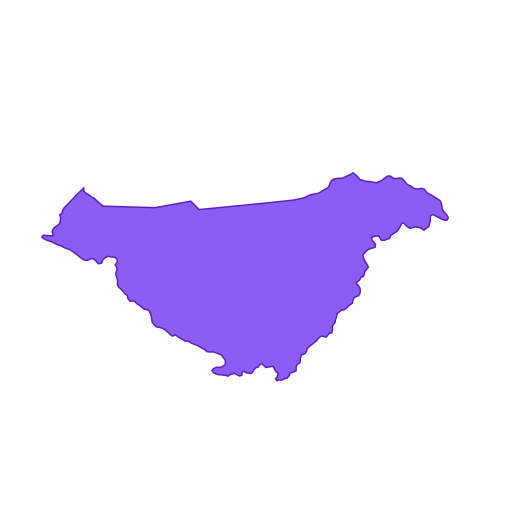 outline of Itapebi, Bahia, Brazil, rotated 159°
{"feature_id": "56859067B79786588856261", "entity_name": "Itapebi", "entity_type": "district", "adm_level": 2, "iso_a3": "BRA", "parent_name": "Brazil", "parent_adm1": "Bahia", "projection": "mercator", "projection_center": [-39.666, -15.918], "detail": "fine", "context": "isolated", "style": "filled", "palette": "violet", "viewbox_px": 512, "rotation_deg": 159, "n_neighbors": 0, "source": "geoboundaries", "source_scale": "gbopen_adm2", "svg_char_len": 4208}
<svg xmlns="http://www.w3.org/2000/svg" viewBox="0 0 512 512"><g transform="rotate(159 256 256)"><path d="M322.6,167.4L324.1,165.4L326.3,165.1L328.9,164.7L331.2,165.7L333.1,166.4L336.1,166.0L338.3,164.9L337.2,161.8L334.4,159.2L331.8,157.9L329.2,156.5L326.9,155.3L325.0,153.8L322.7,154.6L320.5,154.3L318.1,154.1L316.2,151.9L314.2,149.8L311.8,149.9L310.8,152.3L309.0,153.1L307.1,150.5L304.4,149.1L302.6,148.1L300.3,149.2L298.0,151.0L295.8,151.8L293.7,151.5L291.7,153.1L289.1,153.5L288.2,151.5L286.8,148.4L283.4,147.7L281.1,147.4L279.4,146.3L279.3,143.5L278.6,140.5L277.1,138.7L279.1,136.0L281.7,134.3L281.0,132.0L278.9,132.0L276.5,130.9L273.5,131.3L270.9,130.7L267.9,132.4L266.2,134.5L263.0,134.3L259.7,134.5L258.5,137.7L256.5,139.9L253.2,140.7L252.1,142.8L251.0,144.9L249.1,147.4L245.1,147.3L242.8,149.1L241.7,150.9L239.0,152.3L235.8,153.3L232.6,154.3L229.7,155.2L227.6,156.7L225.3,157.5L223.2,157.7L221.3,156.5L219.6,155.1L217.7,156.2L215.5,157.5L212.6,157.2L210.8,160.1L210.1,162.8L208.0,164.4L206.2,165.4L204.8,167.9L202.7,170.1L200.6,173.4L198.3,173.9L196.1,174.7L193.2,174.4L190.4,174.7L188.0,176.1L185.5,176.8L182.9,177.5L181.5,179.8L179.5,181.7L177.3,182.4L174.6,182.0L172.2,184.0L170.9,186.7L170.5,189.1L171.0,191.8L172.5,195.1L169.9,195.7L167.8,196.6L165.5,198.6L163.0,198.7L161.5,200.1L160.0,202.4L157.2,204.0L155.1,205.3L155.3,208.2L155.9,211.7L156.4,214.7L156.1,218.4L153.5,220.1L150.1,221.4L147.9,221.9L144.9,221.7L141.8,221.5L140.2,223.9L141.0,226.4L142.0,229.0L141.7,231.7L139.4,232.0L136.5,231.7L134.1,230.0L133.4,225.9L130.3,224.6L127.8,224.7L124.9,224.6L122.6,227.0L118.9,227.7L115.5,228.5L112.4,230.5L109.8,232.7L107.6,234.6L105.8,233.2L105.1,230.5L103.7,228.7L102.6,226.9L99.6,226.3L97.1,226.2L94.2,224.6L91.7,222.6L90.0,220.0L87.1,220.7L84.0,221.7L82.7,223.7L81.2,225.4L80.2,227.4L78.6,231.3L75.6,231.0L73.8,228.8L71.6,226.3L69.7,224.1L67.7,222.2L64.9,221.0L62.8,222.7L63.1,225.8L63.9,228.2L65.0,230.5L65.3,233.0L64.6,235.7L64.1,239.0L64.4,241.9L65.9,243.9L67.8,246.4L69.4,248.8L71.2,250.9L73.0,252.9L74.2,255.5L75.1,258.3L77.4,259.8L79.9,260.3L82.5,261.4L84.5,262.7L86.1,265.5L89.1,268.5L90.2,271.7L91.1,273.8L91.7,276.2L94.8,277.6L98.4,278.4L100.2,279.8L101.8,282.5L104.7,283.5L108.8,282.3L112.6,281.3L115.2,281.3L117.4,281.3L120.1,282.8L122.6,284.4L125.2,285.8L127.0,286.4L128.8,288.1L131.7,290.2L132.6,293.3L134.0,296.2L135.5,298.8L139.8,298.1L142.3,298.1L144.6,297.9L147.9,297.8L151.1,298.9L153.1,299.5L155.5,299.9L158.3,299.5L160.5,297.7L162.3,295.5L164.1,294.1L167.2,293.6L170.1,293.2L172.7,292.6L175.4,292.2L178.8,292.8L181.7,293.4L184.4,293.6L186.6,293.4L189.7,293.1L193.2,293.5L196.4,294.1L199.9,294.5L228.9,302.2L292.4,319.7L297.2,330.5L324.6,335.7L333.1,337.4L357.9,347.7L366.2,351.2L372.7,353.9L375.5,355.1L377.8,356.1L380.4,357.0L382.4,360.0L384.0,363.0L385.1,365.2L386.5,368.2L388.2,369.6L389.3,371.7L390.7,373.9L392.2,375.4L393.5,378.1L392.5,381.3L403.1,376.7L405.4,375.5L418.5,369.4L420.2,367.7L421.8,365.5L424.4,364.8L424.7,361.6L426.2,358.8L427.8,356.7L430.0,355.7L432.8,355.3L435.5,354.1L437.4,352.1L437.8,349.3L438.5,347.3L440.2,348.4L442.8,349.5L445.4,350.9L447.5,351.6L449.2,350.1L448.0,348.4L445.8,345.8L443.4,343.9L441.7,342.5L440.3,340.9L438.0,338.4L435.5,336.2L433.4,334.2L431.8,332.3L429.6,330.4L427.6,328.7L425.3,325.6L422.1,320.4L420.6,317.7L418.8,314.9L416.5,312.9L413.8,312.4L410.6,312.6L408.8,311.6L407.3,308.8L406.0,305.3L402.9,304.6L400.1,307.4L396.9,308.6L394.0,308.7L392.3,307.4L389.6,306.1L387.8,304.9L386.9,302.7L387.8,299.9L390.7,298.1L390.0,295.1L390.8,292.7L393.2,290.0L393.7,286.8L393.9,283.3L394.6,281.3L395.6,279.1L395.6,276.7L393.7,272.9L392.4,269.6L391.4,267.2L390.3,264.9L390.8,262.2L389.9,258.9L386.4,258.0L385.0,255.9L384.0,253.7L382.3,251.6L380.9,248.7L378.9,245.9L376.6,244.9L375.3,242.4L375.1,238.4L375.8,235.2L376.6,231.8L376.0,228.9L374.3,225.4L371.4,223.8L369.0,221.8L367.3,219.5L365.3,215.9L364.2,213.3L362.6,211.1L359.4,211.2L357.5,208.1L356.2,206.3L354.3,204.3L352.7,201.9L350.2,201.0L348.6,199.1L346.4,196.7L343.4,194.1L341.0,191.4L339.5,189.1L337.7,187.4L336.1,184.3L332.9,182.7L330.4,181.9L327.5,179.5L325.0,177.2L323.4,175.4L323.1,173.3L322.1,170.4L322.6,167.4Z" fill="#8b5cf6" stroke="#5b21b6" stroke-width="1.5"/></g></svg>